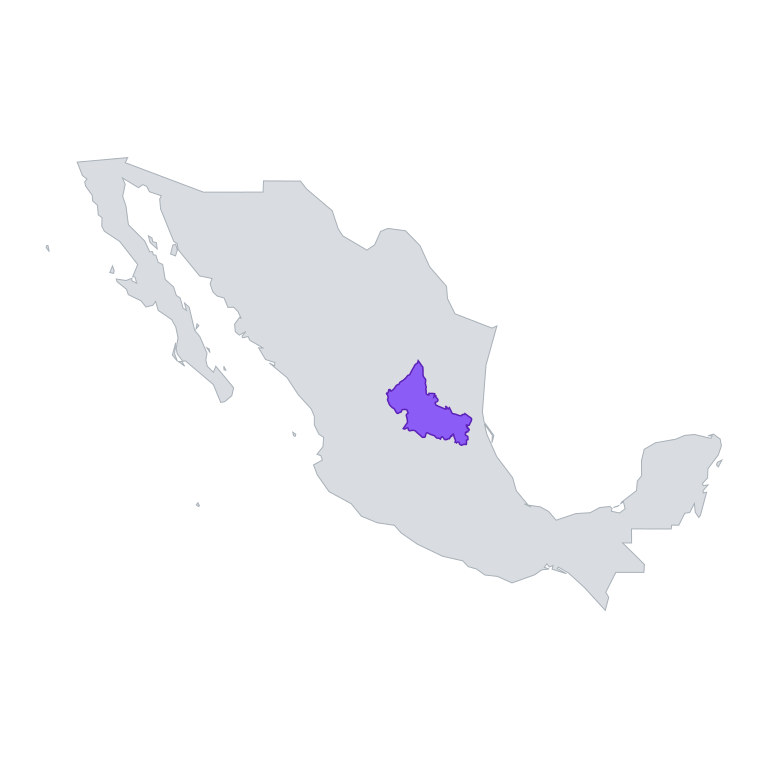 Mexico, with San Luis Potosí highlighted
{"feature_id": "MEX-2715", "entity_name": "San Luis Potosí", "entity_type": "State", "adm_level": 1, "iso_a3": "MEX", "parent_name": "Mexico", "parent_adm1": "", "projection": "robinson", "projection_center": [-100.079, 22.87], "detail": "fine", "context": "in_parent", "style": "filled", "palette": "violet", "viewbox_px": 768, "rotation_deg": 0, "n_neighbors": 0, "source": "natural_earth", "source_scale": "10m", "svg_char_len": 9660}
<svg xmlns="http://www.w3.org/2000/svg" viewBox="0 0 768 768"><path d="M77.2,162.1L127.7,157.6L125.2,162.7L203.6,192.2L263.1,192.1L263.5,180.9L300.4,181.1L306.7,189.1L332.2,210.7L338.2,228.9L342.8,235.9L366.9,250.1L374.7,244.8L380.6,231.4L388.0,228.4L405.5,230.8L420.0,245.6L429.7,266.9L446.5,286.3L447.5,298.6L455.0,313.8L492.0,328.1L496.9,325.9L486.0,365.1L482.4,411.9L484.1,422.0L493.9,435.5L491.9,442.8L492.4,435.4L484.4,424.0L486.9,434.5L496.7,456.6L512.6,477.7L516.3,490.8L527.5,504.3L524.4,503.9L530.8,507.1L528.7,505.2L540.4,506.9L548.7,511.5L556.1,520.2L575.8,513.6L590.2,512.7L599.8,507.5L609.9,506.5L612.0,508.4L611.3,511.2L619.5,513.0L625.1,508.8L623.5,501.9L620.8,503.6L621.5,502.2L636.5,490.6L637.3,481.2L641.6,475.8L641.5,460.6L644.2,449.3L655.6,442.7L675.8,439.2L684.7,435.4L694.6,434.5L710.9,438.4L712.2,435.9L708.0,435.8L713.5,434.1L720.2,439.1L721.4,445.8L718.3,454.9L707.9,468.7L707.6,477.9L702.4,483.5L703.3,485.6L708.1,484.9L703.1,490.6L703.2,493.0L706.6,492.2L700.4,515.4L698.8,517.5L695.3,512.3L694.4,503.5L689.7,512.6L684.8,513.2L678.8,525.2L671.7,525.1L671.2,529.0L631.5,528.9L631.6,543.0L622.6,542.9L644.4,564.4L643.9,572.4L615.8,572.4L605.8,592.3L608.7,597.3L605.3,610.4L584.8,587.9L568.4,572.9L558.4,567.1L557.2,568.5L566.5,573.7L552.1,569.2L553.1,565.5L549.3,567.0L546.9,563.8L544.3,567.3L549.1,569.0L541.8,569.8L534.7,574.8L512.0,582.9L497.3,576.4L484.9,575.0L476.5,569.0L468.2,566.6L462.9,560.9L442.7,556.3L417.6,544.3L401.2,533.0L394.4,525.3L377.4,522.8L361.4,516.2L351.2,503.7L329.1,491.7L317.4,475.1L313.5,464.9L322.3,460.1L320.9,455.7L317.0,454.3L323.0,446.6L323.6,437.3L318.9,434.2L314.3,424.9L314.4,416.5L311.3,409.0L298.3,394.8L287.1,377.7L269.4,363.0L274.5,365.8L274.9,362.6L265.5,359.5L258.6,347.8L263.5,348.2L249.8,340.3L248.0,336.5L242.8,337.9L242.0,336.1L245.9,331.6L239.2,335.1L235.3,331.7L234.6,324.1L239.6,317.3L241.3,318.6L238.0,311.6L233.7,307.2L227.9,307.4L224.1,298.0L217.1,296.0L212.9,292.0L210.1,283.7L212.1,278.5L199.6,275.9L178.2,249.7L177.1,243.4L173.8,241.5L160.6,209.0L159.7,199.1L161.3,195.8L149.4,191.7L146.7,186.4L142.8,184.6L138.5,187.7L122.4,177.9L125.2,184.2L122.7,196.4L126.0,206.2L128.4,224.7L144.7,241.0L149.8,252.0L152.3,251.5L153.5,254.8L155.9,255.2L158.1,262.3L162.7,264.5L165.2,279.4L173.6,287.0L176.3,295.4L180.2,298.0L183.0,308.0L186.4,310.5L184.5,303.0L189.2,307.3L194.6,330.2L199.9,336.7L207.0,353.2L205.8,360.1L207.3,366.3L213.5,372.3L215.8,366.2L233.6,387.7L231.8,395.7L224.7,401.7L220.7,402.4L213.4,384.6L185.5,360.9L182.9,361.3L177.2,353.8L176.2,348.8L178.0,337.7L175.8,327.1L171.7,319.6L158.2,310.4L155.6,301.4L153.0,305.2L146.0,307.0L141.0,300.8L128.3,294.6L126.5,289.3L117.1,281.7L116.3,279.0L126.1,280.5L131.9,278.3L131.8,280.7L136.7,283.2L135.0,277.1L132.7,276.7L137.7,264.5L119.7,241.4L104.4,231.3L101.8,226.2L102.0,217.7L98.3,214.9L97.4,205.2L92.7,201.0L92.2,195.3L85.7,186.2L84.7,182.0L87.0,179.1L82.4,175.5L77.2,162.1ZM177.3,250.0L175.5,255.9L170.6,254.0L172.8,245.1L175.7,244.2L177.3,250.0ZM157.2,248.9L150.1,242.5L148.4,235.9L152.0,238.0L152.7,241.7L156.4,242.6L157.2,248.9ZM718.3,466.9L716.5,465.0L717.3,462.3L721.9,460.1L718.3,466.9ZM177.4,361.2L172.4,355.1L175.7,342.7L174.6,353.8L177.4,361.2ZM113.6,273.4L109.8,272.5L112.5,265.9L114.2,270.8L113.6,273.4ZM49.2,251.6L46.1,247.4L46.8,245.5L48.0,245.6L49.2,251.6ZM181.7,361.4L184.7,366.2L178.4,361.5L181.7,361.4ZM295.8,434.3L295.1,436.4L293.5,435.6L292.8,432.2L295.8,434.3ZM209.0,348.8L210.1,352.6L206.8,347.8L209.0,348.8ZM197.0,323.9L198.9,325.6L196.0,329.0L197.0,323.9ZM199.5,505.9L198.2,506.4L196.3,504.9L197.9,502.8L199.5,505.9ZM616.8,506.6L613.3,507.5L619.4,505.4L616.8,506.6ZM225.8,370.2L224.0,369.8L223.8,366.2L225.8,370.2Z" fill="#d9dde1" stroke="#a8b0b8" stroke-width="1"/><path d="M418.2,360.7L419.0,361.8L419.8,362.9L421.3,365.1L422.0,366.1L422.4,366.6L422.7,367.0L422.9,367.7L422.9,368.5L423.0,370.1L423.0,372.8L423.0,374.1L423.1,375.4L423.5,376.5L424.1,377.5L424.8,378.4L425.5,379.2L425.6,380.1L425.7,380.8L425.6,381.6L425.5,382.3L425.3,383.2L425.5,384.1L425.9,385.9L426.1,386.6L426.2,386.9L426.2,387.3L426.2,387.7L425.9,388.5L425.8,388.9L425.8,389.3L426.1,390.0L426.2,390.4L426.2,390.8L426.1,392.1L426.2,392.7L426.3,393.3L426.5,394.0L426.9,394.5L427.4,394.7L428.7,395.0L428.9,394.9L429.0,394.7L428.9,393.4L431.8,393.4L433.3,393.5L434.7,393.7L434.6,394.5L434.2,395.9L434.0,396.7L434.9,395.8L435.5,395.5L435.8,395.6L435.9,396.1L435.9,396.5L436.0,397.0L436.2,397.4L436.7,398.0L437.3,398.6L437.8,399.3L438.0,400.1L437.9,400.5L437.8,400.8L437.6,401.1L437.4,401.3L436.9,401.7L435.9,402.1L435.5,402.4L435.2,402.7L435.1,403.0L435.2,403.3L435.6,403.9L435.7,404.2L435.8,404.5L435.8,404.9L436.0,405.1L436.2,405.3L436.9,405.5L437.4,405.7L438.3,406.2L440.0,406.9L443.4,408.3L445.6,409.2L445.9,409.2L446.1,409.0L446.1,408.4L446.1,408.0L445.9,407.3L445.8,407.0L445.8,406.7L445.7,406.6L445.9,406.4L446.1,406.5L446.3,406.7L446.6,406.9L446.8,407.1L447.1,407.5L447.4,408.0L447.8,408.5L448.2,408.8L448.5,408.7L448.8,408.4L449.3,407.6L449.6,408.0L449.9,408.8L450.7,410.2L451.0,410.9L451.5,412.1L451.8,412.7L452.1,413.2L452.6,413.5L453.1,413.7L454.7,414.0L455.3,414.2L456.5,414.5L458.1,415.2L458.8,415.4L460.6,415.7L461.1,415.7L461.5,415.6L461.8,415.3L462.0,415.0L462.2,414.7L462.5,414.5L463.9,414.4L464.5,414.2L464.9,413.6L465.3,414.0L465.5,414.1L465.8,414.2L466.3,414.6L466.7,414.9L468.0,415.9L468.6,416.4L469.9,417.2L470.5,417.6L471.0,418.0L471.4,418.5L471.6,419.1L471.5,419.9L471.3,420.8L470.8,421.8L469.9,423.6L469.7,424.0L469.3,425.1L469.2,425.2L468.8,425.3L468.6,425.3L468.4,425.2L468.1,425.1L467.8,425.1L467.6,425.3L466.6,425.2L466.4,425.1L466.4,425.8L466.8,425.9L467.3,425.7L467.7,425.7L467.7,425.8L467.5,426.0L467.2,426.4L467.4,426.9L466.9,427.0L467.0,427.6L467.3,428.1L467.6,428.4L468.5,428.3L468.6,428.6L468.6,428.9L468.6,429.1L468.8,429.2L469.2,429.4L469.2,429.7L469.1,430.0L469.0,430.3L468.8,430.6L468.5,430.8L468.0,431.1L467.9,431.2L467.8,431.4L467.8,431.5L467.6,431.4L467.4,431.3L467.2,431.3L466.9,431.6L466.9,431.8L467.1,432.0L466.8,432.3L466.0,432.2L465.6,432.5L465.5,433.1L465.6,433.5L465.6,433.9L465.3,434.2L465.2,434.4L465.5,434.9L465.8,435.3L466.2,435.6L467.3,436.1L467.7,436.5L467.9,437.0L467.9,437.8L468.0,439.2L468.0,439.6L467.7,439.7L466.7,440.1L466.4,440.3L466.4,440.5L466.5,442.6L466.5,443.4L466.3,444.3L466.1,444.2L465.9,444.1L465.7,444.2L465.6,444.4L465.4,444.5L465.2,444.5L464.9,444.5L464.2,444.3L463.7,444.4L463.2,444.6L462.1,445.1L461.7,445.2L461.4,445.2L460.6,444.8L460.1,444.5L459.8,444.4L459.6,444.2L459.5,443.9L459.3,443.3L459.2,442.8L459.0,442.4L458.9,442.3L458.3,442.1L457.6,442.2L457.0,442.4L456.6,442.9L456.3,442.6L455.9,442.4L455.5,442.3L455.1,442.3L455.5,440.4L455.4,440.1L455.2,439.6L454.9,438.9L454.4,437.7L454.2,437.0L454.0,436.4L453.3,433.5L453.3,434.0L452.9,434.4L452.4,434.8L452.0,435.1L452.0,435.4L452.0,435.7L452.0,435.9L451.8,436.1L451.6,436.3L451.4,436.4L451.2,436.3L450.9,436.1L450.7,436.1L450.5,436.3L450.4,436.5L450.3,437.2L450.2,437.4L450.0,437.5L449.9,437.7L449.6,438.5L449.4,438.7L449.3,438.8L449.1,438.8L448.5,438.7L448.2,438.8L447.9,438.9L447.6,439.0L447.3,439.4L446.7,439.5L446.1,439.5L445.7,439.5L445.4,439.7L445.2,439.8L445.0,439.7L444.8,439.6L444.4,439.2L444.2,439.1L444.0,438.9L443.9,438.6L443.8,438.3L443.7,438.1L443.5,437.9L443.2,437.7L442.9,437.3L442.6,437.1L442.0,436.7L441.4,437.0L441.0,437.6L440.8,438.4L440.5,439.1L439.8,438.8L439.2,438.4L438.6,438.2L437.8,438.2L436.9,438.1L436.0,437.4L435.1,436.4L434.3,435.7L434.1,435.6L432.7,435.1L430.7,434.5L430.5,434.4L430.2,434.2L429.8,434.0L429.0,433.7L428.4,433.3L427.7,433.0L427.5,432.9L427.4,432.8L427.3,432.7L427.0,432.7L426.7,432.8L426.5,433.0L426.3,433.2L426.1,433.4L426.0,433.7L425.9,434.0L425.7,434.7L425.5,435.2L425.4,436.3L425.2,436.8L424.7,437.2L424.0,437.3L423.2,437.3L422.4,437.3L422.0,437.0L421.5,436.6L420.7,435.7L417.6,433.1L416.6,432.2L415.9,431.5L415.6,431.2L415.2,430.9L414.6,430.6L413.9,430.4L413.1,430.3L412.5,430.3L411.7,430.4L410.9,430.6L410.1,430.8L409.3,430.7L409.1,430.5L408.8,430.3L408.6,430.1L408.4,429.9L408.3,429.5L408.2,429.2L408.3,428.8L408.2,428.4L407.9,428.0L407.4,427.8L406.9,427.9L406.4,428.1L405.4,428.8L404.7,429.1L404.1,429.0L403.2,428.6L406.8,423.4L407.2,422.8L407.4,422.5L407.5,422.1L407.2,419.0L407.0,418.2L406.5,416.5L406.3,415.6L406.3,415.1L406.4,414.7L406.6,414.3L407.0,413.9L407.8,413.5L408.0,413.2L408.0,412.7L407.4,411.3L407.2,410.6L406.9,409.9L406.5,409.6L406.1,409.5L405.6,409.5L405.1,409.5L403.4,409.5L402.5,409.6L401.9,410.0L401.6,410.8L401.3,411.6L400.9,412.2L400.2,412.4L399.9,412.4L399.5,412.5L399.0,412.8L398.5,413.2L398.0,413.4L397.4,413.4L396.9,413.1L396.5,412.6L396.1,412.1L395.7,411.4L394.6,409.4L393.9,408.5L393.1,408.0L392.9,408.0L392.7,407.9L392.4,407.8L390.4,405.8L389.6,404.8L389.0,403.6L388.6,402.4L388.1,401.3L387.8,400.7L387.6,400.1L387.5,399.5L387.7,398.9L388.0,398.3L388.1,397.8L388.1,397.2L387.9,396.5L387.7,395.5L387.5,395.0L387.3,394.6L387.0,394.4L386.7,394.2L386.5,393.5L386.8,393.0L387.1,393.0L387.4,393.1L387.8,393.1L388.0,392.8L388.2,392.3L388.4,391.3L388.6,390.4L388.7,389.9L388.9,389.6L389.7,389.5L390.0,389.6L390.3,389.9L390.3,390.2L390.1,390.6L390.2,390.9L390.5,391.1L391.0,391.1L391.4,390.9L391.9,390.6L392.2,390.3L393.0,389.8L393.7,389.1L394.3,388.4L394.9,387.6L395.4,386.7L396.0,385.9L396.7,385.2L397.5,384.7L397.8,384.6L398.5,384.5L398.8,384.3L399.1,384.0L399.3,383.6L399.4,383.2L399.6,382.8L400.2,382.1L401.1,381.5L402.8,380.5L403.9,379.7L404.8,378.9L405.7,378.0L406.6,377.0L407.3,376.0L407.7,375.5L408.2,375.2L409.2,375.0L409.6,374.7L410.0,374.2L410.9,372.2L412.0,370.2L413.1,368.3L414.2,366.4L414.6,365.5L415.1,364.8L415.8,364.1L417.3,363.1L417.7,362.5L418.2,360.7Z" fill="#8b5cf6" stroke="#5b21b6" stroke-width="1.5"/></svg>